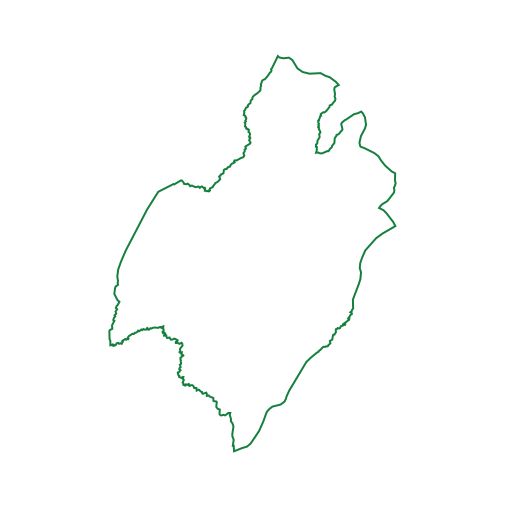 the district of Ku Kaeo, Udon Thani, Thailand, rotated 234°
{"feature_id": "78962969B3377071632893", "entity_name": "Ku Kaeo", "entity_type": "district", "adm_level": 2, "iso_a3": "THA", "parent_name": "Thailand", "parent_adm1": "Udon Thani", "projection": "equal_earth", "projection_center": [103.169, 17.167], "detail": "fine", "context": "isolated", "style": "outline", "palette": "green", "viewbox_px": 512, "rotation_deg": 234, "n_neighbors": 0, "source": "geoboundaries", "source_scale": "gbopen_adm2", "svg_char_len": 6143}
<svg xmlns="http://www.w3.org/2000/svg" viewBox="0 0 512 512"><g transform="rotate(234 256 256)"><path d="M269.4,85.7L268.6,88.3L267.7,88.8L267.5,87.6L267.0,87.9L266.4,89.9L266.7,91.1L267.3,91.7L266.8,93.4L265.4,93.7L265.0,95.2L263.9,95.7L264.9,97.8L265.7,97.6L265.9,97.9L265.7,101.3L265.4,101.8L264.6,101.8L264.5,103.0L263.8,103.7L264.1,104.3L265.3,104.3L265.9,105.9L265.7,110.3L264.7,111.4L265.1,112.7L264.5,113.9L264.4,115.5L264.9,116.7L263.8,117.2L263.9,120.0L262.9,120.3L263.1,122.0L262.0,122.5L261.1,123.7L261.7,125.7L261.1,125.9L260.0,125.3L259.6,125.6L259.3,126.5L259.6,128.1L258.8,128.7L258.5,130.4L257.6,132.1L255.3,134.7L255.2,136.1L253.8,138.3L253.6,139.7L253.0,139.3L252.9,137.6L251.6,138.3L250.2,137.7L249.8,137.3L249.6,135.8L248.5,135.4L248.1,135.5L247.8,136.8L246.6,137.0L245.9,136.4L245.9,135.0L245.6,134.8L244.5,136.7L243.5,136.1L241.8,135.9L240.9,138.1L238.5,137.9L237.5,139.3L237.2,141.4L234.0,143.1L233.5,142.7L233.7,141.4L233.5,140.4L232.7,140.0L231.8,141.6L230.0,142.3L229.6,144.7L228.5,144.8L226.7,143.9L225.6,139.9L223.9,139.1L223.2,137.6L222.2,137.8L221.7,139.4L219.9,137.8L218.8,138.7L218.2,138.7L218.0,134.9L216.9,134.5L216.5,133.9L215.6,133.8L215.0,133.1L213.4,132.5L212.8,131.9L212.7,130.4L210.5,129.8L210.2,128.1L209.6,127.4L208.0,127.8L207.8,126.6L207.3,126.0L207.7,124.4L207.5,124.0L205.3,123.2L204.2,123.5L203.4,122.7L201.3,123.9L201.2,125.7L200.8,126.1L199.7,124.5L198.2,124.8L196.7,122.2L195.5,122.4L194.9,121.6L194.5,121.5L192.7,122.6L192.7,123.0L193.4,123.4L193.4,123.9L192.2,124.6L192.0,126.3L191.5,126.5L190.6,125.7L190.0,125.7L189.5,127.8L188.7,128.7L187.2,128.9L185.5,128.4L184.3,130.2L182.0,128.9L181.6,131.0L181.1,131.4L179.0,131.5L177.8,132.4L176.4,131.7L175.8,132.0L174.7,135.4L173.7,135.3L171.7,134.0L171.0,135.8L169.7,135.8L166.3,138.0L163.8,136.4L163.0,136.9L161.8,138.3L160.9,138.4L157.3,135.2L154.8,135.2L153.1,136.5L149.7,133.6L148.1,133.6L147.3,134.4L146.7,136.2L145.2,137.4L145.3,141.4L144.1,142.9L143.0,141.4L139.2,140.1L138.1,139.5L137.4,138.6L134.5,138.6L131.4,137.6L125.8,132.1L124.0,130.9L120.4,129.9L116.1,125.7L115.6,126.4L110.9,123.5L108.7,132.1L107.1,136.6L107.4,141.4L112.6,155.6L118.0,164.9L123.2,172.5L123.7,173.9L124.4,176.9L124.5,180.8L121.4,188.5L121.4,193.3L122.8,196.2L124.4,198.1L127.5,203.6L140.6,234.3L141.5,240.4L142.0,248.2L141.8,250.5L142.2,250.9L142.2,253.1L142.9,256.0L142.8,257.3L141.9,258.3L141.9,259.2L140.9,260.7L140.8,261.3L141.3,261.9L141.6,264.8L143.8,265.8L143.5,268.5L146.8,271.9L146.3,273.3L146.8,273.7L146.8,274.8L147.6,276.0L149.6,277.3L149.9,278.2L149.3,279.0L149.6,279.9L148.5,280.6L148.3,281.4L149.3,283.4L148.8,284.8L149.4,286.1L148.6,286.0L148.5,286.9L148.1,287.3L148.6,287.6L148.6,288.2L149.6,288.1L149.7,294.0L150.2,294.4L150.5,293.7L151.2,293.7L151.8,295.1L151.8,296.0L152.7,297.4L152.7,299.5L153.7,299.9L155.0,299.3L155.1,301.0L156.0,302.1L156.3,303.6L163.8,308.8L173.1,323.0L176.1,327.0L181.1,331.4L185.2,332.8L189.2,336.4L192.3,340.9L196.3,347.7L199.8,363.7L199.8,371.6L198.3,386.3L202.6,387.0L213.8,386.7L218.0,386.1L222.5,383.8L223.4,386.4L223.7,388.6L223.2,394.5L226.2,404.9L228.0,406.7L230.2,407.7L231.3,409.9L233.0,411.9L235.1,412.6L241.1,417.2L244.6,415.5L253.2,413.6L260.3,413.3L264.6,413.7L269.8,412.2L279.2,407.3L282.9,404.9L284.0,405.0L287.0,406.4L291.4,411.5L295.0,418.9L297.4,422.1L304.0,425.6L308.6,426.3L311.0,426.0L311.6,422.5L313.1,418.7L313.4,409.4L313.7,407.8L313.4,404.0L312.7,402.5L308.0,400.6L307.3,400.0L306.7,396.9L306.1,395.5L306.1,393.8L306.6,392.4L305.9,391.5L305.1,389.0L301.4,385.9L300.4,382.3L299.4,381.2L299.2,378.5L298.4,377.3L298.3,376.0L298.9,375.5L300.1,370.0L301.4,368.1L303.3,367.0L304.2,365.3L305.4,366.9L308.4,369.3L309.2,368.7L310.9,370.1L311.0,371.6L313.1,373.5L314.7,377.3L317.5,378.8L318.1,380.7L320.0,381.4L321.4,381.3L322.8,382.3L323.5,381.9L324.1,382.4L324.3,383.5L325.5,383.6L325.9,384.6L327.1,384.7L328.1,385.6L328.7,385.6L328.8,386.6L329.2,386.6L329.9,388.3L331.4,390.1L331.2,391.1L332.8,391.8L332.8,394.7L331.9,395.7L332.0,398.1L333.3,402.9L334.5,404.2L333.8,406.5L334.4,407.7L335.2,411.2L336.5,412.7L338.8,413.3L340.5,415.1L344.4,417.0L345.9,418.3L346.2,419.3L345.7,423.4L349.9,423.0L357.3,420.7L360.8,418.2L366.0,415.7L372.0,406.5L377.4,401.9L383.4,399.8L393.2,400.6L397.1,399.2L399.9,394.3L403.0,391.5L404.9,391.2L398.6,379.4L398.2,377.9L397.0,377.6L396.3,376.6L396.1,374.9L394.7,371.1L393.8,367.2L394.3,365.1L394.1,364.0L391.9,360.7L391.0,360.5L389.9,358.9L387.4,356.9L386.9,353.0L387.0,349.2L386.7,347.4L386.2,346.1L385.0,345.2L385.0,343.9L384.5,342.7L382.9,341.3L383.0,338.9L382.4,337.6L381.7,337.5L381.5,336.2L381.9,335.1L380.4,332.6L380.3,331.6L378.6,330.6L377.2,328.9L375.8,329.7L374.3,329.0L373.8,329.4L373.0,329.0L372.5,328.5L371.9,327.1L370.9,327.0L370.6,325.3L369.2,325.1L367.3,323.2L366.0,323.7L365.0,323.0L364.0,323.8L363.5,323.5L362.9,324.3L362.2,324.4L360.7,322.8L359.4,323.2L358.0,322.8L356.6,320.6L355.8,320.9L355.4,320.3L354.7,320.6L353.7,318.5L350.9,318.2L350.4,317.2L350.8,311.7L348.8,311.0L348.8,309.4L347.4,308.5L346.5,306.2L344.0,305.5L343.4,303.6L344.1,301.5L344.7,296.5L345.9,294.9L345.5,293.8L344.3,293.7L344.8,290.7L344.6,289.1L343.6,287.6L344.0,287.2L344.0,286.0L344.4,285.2L343.6,283.3L344.5,282.0L344.5,280.6L342.0,278.2L342.6,275.4L341.9,274.6L342.1,273.6L342.0,272.9L339.2,272.2L338.5,268.4L338.9,266.0L338.2,264.3L337.9,262.7L337.2,261.8L337.7,258.3L337.2,257.6L336.2,257.4L335.8,256.2L336.2,255.7L336.8,255.8L337.5,254.0L338.2,253.9L338.9,253.0L339.6,253.7L340.4,253.7L340.6,254.6L341.3,254.7L341.9,253.7L344.1,253.1L344.4,251.4L344.2,250.6L345.9,250.4L347.3,247.5L350.7,245.5L351.2,243.7L352.4,243.9L354.7,243.3L354.9,242.0L356.6,240.2L357.9,240.6L360.8,240.3L361.3,239.6L362.0,231.9L362.7,231.6L365.4,214.7L357.7,195.4L337.0,153.9L330.7,143.3L326.1,136.6L320.9,131.7L317.1,129.8L315.5,128.3L313.8,127.4L313.8,124.4L312.6,122.8L308.6,119.1L301.8,118.0L299.2,118.6L297.7,115.4L297.5,114.1L296.4,112.1L294.6,112.4L293.6,109.7L291.5,109.0L291.2,106.7L289.9,106.6L289.5,104.8L288.3,103.1L287.8,102.8L286.8,103.3L284.5,98.7L281.6,97.0L281.5,96.4L282.0,94.8L281.5,93.3L274.9,88.7L273.0,88.3L269.4,85.7Z" fill="none" stroke="#15803d" stroke-width="2"/></g></svg>